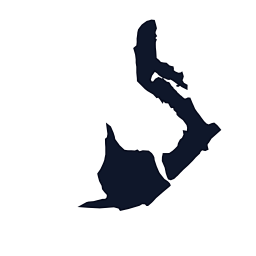 Brass, Bayelsa, Nigeria, rotated 323°
{"feature_id": "59680162B87797979497124", "entity_name": "Brass", "entity_type": "district", "adm_level": 2, "iso_a3": "NGA", "parent_name": "Nigeria", "parent_adm1": "Bayelsa", "projection": "equal_earth", "projection_center": [6.404, 4.514], "detail": "fine", "context": "isolated", "style": "filled", "palette": "ink", "viewbox_px": 256, "rotation_deg": 323, "n_neighbors": 0, "source": "geoboundaries", "source_scale": "gbopen_adm2", "svg_char_len": 5112}
<svg xmlns="http://www.w3.org/2000/svg" viewBox="0 0 256 256"><g transform="rotate(323 128 128)"><path d="M198.5,132.1L199.7,130.5L200.7,129.3L199.1,125.7L199.6,122.2L201.4,121.1L203.0,119.9L204.4,116.1L203.0,116.0L201.0,114.8L199.2,111.7L198.5,109.2L199.7,107.9L200.5,106.3L199.4,105.1L198.1,103.3L197.4,99.5L195.4,97.7L193.3,95.4L193.0,92.3L192.2,89.2L196.0,83.5L198.0,80.2L200.0,77.4L201.5,75.5L203.5,74.3L203.1,72.7L204.7,71.5L205.9,71.5L206.0,70.6L206.1,69.2L207.2,67.4L208.8,66.4L210.5,65.3L212.0,61.8L213.5,58.0L211.5,56.1L209.4,55.4L207.3,54.5L203.8,54.4L201.3,54.4L197.9,55.3L196.1,55.9L195.7,56.0L193.5,57.8L191.9,59.6L189.3,62.2L189.0,62.6L187.2,65.1L184.7,67.8L180.8,68.0L178.5,74.0L176.0,78.3L174.1,80.8L173.8,81.3L172.1,84.5L168.5,89.3L165.7,93.9L164.1,96.2L164.9,101.8L165.6,107.0L165.9,108.0L166.2,109.2L166.4,109.9L169.0,116.2L169.1,117.4L169.4,120.0L169.4,120.8L170.2,121.1L171.3,121.7L171.5,121.9L171.5,122.1L171.2,122.4L171.1,122.9L171.3,123.4L171.1,128.2L172.6,127.2L173.5,129.0L173.2,130.0L173.8,130.6L175.7,132.3L175.0,136.7L175.1,137.7L176.2,138.3L177.0,139.1L176.0,141.3L176.7,144.9L175.5,146.9L175.9,149.8L177.3,154.6L177.2,161.1L176.0,163.8L173.3,166.8L170.6,163.9L168.9,167.2L165.4,169.1L162.6,169.2L159.2,170.8L156.9,172.8L153.2,173.4L150.0,173.7L145.6,173.5L143.9,172.3L143.4,171.9L140.7,169.9L140.0,170.6L138.2,172.1L135.8,175.1L134.1,182.0L132.5,185.3L131.9,186.6L131.7,186.9L131.6,187.3L131.4,187.8L130.4,190.8L129.9,193.0L131.2,194.9L132.2,195.1L133.4,195.5L134.7,195.7L136.3,195.5L136.7,195.4L138.9,195.3L142.9,194.6L143.6,194.5L143.8,194.5L146.9,194.0L153.5,193.4L159.9,192.5L164.2,191.6L169.8,191.0L171.2,190.1L174.0,189.6L176.3,192.3L178.9,192.9L180.3,189.6L181.6,188.1L183.4,187.8L188.1,186.0L200.6,185.0L200.4,180.5L200.3,179.5L199.5,176.1L197.6,175.2L194.1,174.3L193.4,173.1L192.7,171.9L192.4,169.7L192.2,168.5L192.2,164.7L192.2,164.0L192.3,161.2L192.3,158.8L192.2,157.0L192.4,152.9L193.2,149.7L193.9,146.5L194.7,143.5L195.2,141.5L194.9,141.3L194.7,141.1L194.2,140.6L193.9,140.3L193.7,140.3L193.0,140.2L192.6,140.1L192.3,140.0L192.0,139.9L191.8,139.8L191.5,139.8L191.3,139.7L190.9,139.6L190.8,139.4L190.6,139.3L190.5,139.2L190.4,139.1L190.4,138.9L190.3,138.7L190.2,138.7L190.1,138.4L190.0,138.2L189.9,137.7L189.8,137.3L189.8,137.1L189.7,137.0L189.6,136.7L189.6,136.4L189.5,136.1L189.5,135.6L189.4,135.1L189.3,134.9L189.3,134.6L189.2,134.5L189.1,134.1L189.0,133.9L189.0,133.7L188.9,133.5L188.8,133.3L188.8,132.8L188.7,132.5L188.7,131.9L188.6,131.5L188.6,131.3L188.5,131.0L188.5,130.9L188.4,130.6L188.3,130.3L188.3,129.9L188.2,129.5L188.2,128.6L188.2,128.4L188.3,128.0L188.3,127.5L188.2,127.2L188.1,126.8L188.0,126.4L188.0,126.1L187.9,125.8L187.8,125.4L187.8,125.1L187.7,125.1L187.7,124.8L187.6,124.6L187.6,124.3L187.6,124.2L187.6,123.3L187.6,123.2L187.8,123.0L187.8,122.7L187.8,122.4L187.7,122.2L187.5,121.1L187.5,120.7L187.4,119.8L187.4,119.6L187.4,119.4L187.5,119.2L187.6,118.7L187.6,118.1L187.7,117.6L187.8,117.3L187.8,117.0L187.7,116.7L187.6,116.4L187.5,116.2L187.3,115.9L187.1,115.7L186.9,115.5L186.7,115.4L186.5,115.2L186.4,115.0L186.2,114.8L186.2,114.6L186.0,114.1L186.0,113.7L185.9,113.4L185.9,113.2L185.8,112.9L185.8,112.7L185.7,112.6L185.6,112.4L185.5,112.2L185.4,112.0L185.3,111.9L185.4,111.0L185.4,110.2L185.3,109.9L185.2,109.6L184.4,109.4L184.2,109.3L184.1,109.2L183.9,109.0L183.8,108.8L183.7,108.8L183.7,108.4L183.6,108.1L183.5,107.9L183.4,107.8L183.4,107.7L183.2,107.6L183.2,107.4L182.9,107.2L182.7,106.7L182.8,106.5L182.7,106.3L179.5,105.8L177.5,106.3L176.1,106.8L174.2,105.5L174.6,102.8L178.3,100.1L183.7,98.4L184.9,102.0L184.9,103.1L185.1,104.4L186.4,108.1L186.9,109.2L187.9,110.2L189.1,112.6L190.1,113.7L191.0,114.1L191.4,113.8L192.5,116.2L193.5,119.1L193.9,120.7L194.2,121.6L194.7,122.9L194.6,124.3L194.5,124.5L194.4,124.6L193.7,124.6L193.4,124.4L193.2,124.3L193.1,124.2L193.0,123.9L192.9,123.8L192.9,123.7L192.7,123.7L192.6,123.8L192.8,124.0L192.9,124.4L193.0,124.5L193.4,124.7L193.5,124.8L194.5,124.8L194.6,124.7L194.7,124.3L194.8,124.3L194.8,124.2L194.8,123.9L194.8,123.2L195.1,124.2L195.8,125.7L196.1,127.1L196.6,128.2L198.5,132.1ZM42.5,161.8L48.3,166.9L57.5,174.6L69.5,182.3L72.7,186.4L72.5,189.0L76.8,190.9L79.6,192.2L90.5,196.3L93.9,196.7L96.4,198.9L96.4,200.0L96.5,201.0L97.3,201.6L99.0,201.5L102.0,201.3L104.1,201.0L108.2,200.2L116.7,199.6L120.2,199.4L125.2,199.2L127.0,199.0L127.4,197.4L127.1,194.9L126.3,192.4L125.7,190.9L125.5,183.4L125.7,181.7L127.2,175.6L129.3,169.4L130.7,167.0L131.1,165.1L131.2,162.6L130.3,159.0L126.0,155.3L122.6,154.1L122.0,151.4L119.6,150.8L116.6,148.2L113.7,146.0L111.4,143.6L110.2,136.8L110.3,135.1L110.3,132.9L110.4,129.0L111.7,126.4L113.0,122.7L114.5,116.5L113.4,112.3L111.8,115.1L108.6,120.8L105.9,123.4L103.5,123.5L101.1,126.8L99.0,130.0L98.4,130.8L94.5,136.0L92.1,138.1L90.2,139.9L88.2,141.2L85.6,142.7L81.8,144.7L81.4,144.9L76.5,146.5L75.3,149.2L73.7,153.2L73.5,154.3L72.8,158.6L71.2,161.4L71.2,164.8L71.6,169.0L69.6,171.2L67.9,171.5L67.2,171.7L65.5,170.6L64.6,169.9L61.4,168.6L59.4,167.7L56.2,166.4L51.9,163.7L50.0,162.9L48.5,162.7L42.5,161.8Z" fill="#0f172a" stroke="#020617" stroke-width="1.5"/></g></svg>